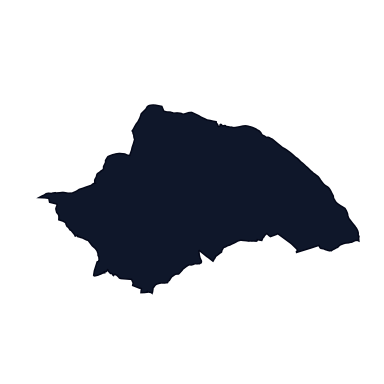 outline of Darjiu, Harghita, Romania, rotated 164°
{"feature_id": "2599482B71021034513413", "entity_name": "Darjiu", "entity_type": "district", "adm_level": 2, "iso_a3": "ROU", "parent_name": "Romania", "parent_adm1": "Harghita", "projection": "robinson", "projection_center": [25.165, 46.198], "detail": "fine", "context": "isolated", "style": "filled", "palette": "ink", "viewbox_px": 384, "rotation_deg": 164, "n_neighbors": 0, "source": "geoboundaries", "source_scale": "gbopen_adm2", "svg_char_len": 5989}
<svg xmlns="http://www.w3.org/2000/svg" viewBox="0 0 384 384"><g transform="rotate(164 192 192)"><path d="M232.7,267.2L232.2,265.8L232.4,265.4L232.5,265.0L232.3,262.5L232.4,262.1L232.6,261.3L232.7,260.6L232.7,259.4L232.5,258.6L234.9,254.7L237.2,251.4L238.6,248.8L241.8,244.3L243.3,244.9L244.5,245.6L245.6,246.7L246.6,247.3L251.2,249.1L254.7,249.6L256.1,249.6L258.0,249.7L261.6,249.4L263.0,249.2L263.7,248.7L266.4,246.2L266.5,245.9L266.8,244.7L267.0,244.3L267.4,243.7L269.8,241.1L270.1,240.6L270.5,239.0L271.3,238.1L271.8,237.8L273.7,237.3L275.3,236.5L277.6,235.8L278.1,235.5L278.5,235.1L280.0,232.6L281.4,231.3L282.2,230.3L282.4,229.8L282.8,228.1L282.5,227.2L283.7,227.3L284.4,227.2L285.6,226.9L286.8,226.2L293.3,225.9L295.5,225.7L299.7,225.6L300.5,225.3L302.9,224.6L305.6,224.2L306.3,224.2L306.9,224.0L307.7,224.0L311.5,225.0L315.4,226.9L316.6,227.3L319.1,227.7L323.0,228.5L323.5,229.0L326.5,229.4L327.5,229.3L330.3,230.4L332.7,230.6L334.3,230.0L335.6,229.7L336.9,229.6L340.6,228.8L335.2,227.0L331.4,225.4L331.7,221.4L325.3,217.7L325.3,216.5L326.7,214.7L327.4,213.6L327.6,212.7L327.7,209.7L327.3,208.7L326.8,207.6L326.5,206.1L327.0,204.0L327.7,202.0L324.1,199.6L322.4,197.9L321.8,196.9L322.0,195.9L321.7,193.8L321.6,193.4L321.3,192.9L320.7,192.3L320.3,191.3L319.7,189.2L318.7,188.3L316.6,183.3L316.4,181.8L313.9,181.9L314.1,180.9L314.1,180.6L312.5,179.7L311.3,178.8L310.0,178.1L307.2,175.5L306.2,174.7L305.5,174.4L305.1,174.0L302.7,167.8L300.5,164.4L299.5,161.8L299.3,158.9L299.8,156.8L299.4,155.4L300.0,152.4L301.0,151.1L302.4,151.0L307.6,143.1L309.5,139.0L309.1,138.3L308.0,138.1L305.1,138.0L303.9,138.2L302.0,138.3L301.4,138.5L300.9,138.5L300.4,138.7L298.7,138.5L299.0,139.0L298.7,139.5L298.1,139.6L297.7,139.4L297.5,139.2L297.0,139.0L296.7,139.1L296.1,139.3L296.0,139.6L295.7,139.8L295.1,140.1L294.6,140.6L294.3,140.2L294.2,140.1L294.2,138.8L293.5,137.7L292.9,136.3L292.7,136.1L292.3,135.9L291.6,135.7L291.1,135.1L290.9,134.7L291.0,134.1L290.4,133.3L289.8,133.9L289.0,134.3L288.6,134.2L288.2,133.5L287.2,132.8L287.2,132.6L286.0,130.6L285.5,129.3L284.2,128.4L274.2,124.7L273.6,120.7L274.4,119.4L274.8,118.5L268.9,114.0L267.9,113.7L267.3,113.0L268.8,109.3L265.7,108.5L262.6,108.0L262.3,108.9L262.4,109.6L261.7,108.0L259.1,106.7L258.7,106.2L258.7,106.5L257.9,106.1L257.2,107.4L256.6,108.8L256.4,109.1L256.3,110.0L253.6,112.2L252.5,112.9L250.9,113.2L248.3,113.2L246.4,113.0L243.6,112.1L241.4,111.8L240.8,111.6L240.4,111.7L239.6,112.8L238.2,113.2L236.6,114.7L234.9,116.1L233.6,116.5L231.1,117.4L229.5,117.4L227.8,116.9L227.2,117.0L223.1,119.5L222.0,120.4L217.9,122.0L215.2,122.8L214.1,122.6L213.4,122.4L213.1,122.1L211.0,122.0L209.6,122.2L208.4,122.2L207.7,121.8L204.5,121.0L204.2,121.4L203.7,121.3L202.8,121.4L202.2,122.2L202.0,123.1L202.5,126.6L202.3,130.0L202.0,131.4L201.8,133.2L201.6,133.6L201.1,133.8L195.5,125.8L194.5,124.7L190.9,119.7L190.3,120.2L189.4,121.3L188.7,121.7L186.9,123.6L183.0,125.1L182.3,125.5L181.7,125.6L180.2,126.1L179.8,126.8L179.6,127.4L177.5,129.5L176.6,130.0L175.0,130.0L172.6,130.6L170.1,130.6L168.3,131.0L165.4,131.4L162.6,132.0L162.2,132.2L161.2,132.3L158.7,132.3L157.4,131.9L156.9,131.6L153.2,130.2L150.8,129.1L149.6,129.0L148.4,128.5L145.9,127.8L143.7,127.0L143.0,127.1L142.7,127.5L142.4,128.2L138.3,126.2L136.6,128.3L136.0,128.7L135.2,129.1L135.1,129.3L134.2,130.2L131.5,131.5L130.0,128.9L128.9,127.5L122.0,128.0L121.2,128.5L111.3,115.7L110.3,114.2L107.0,108.4L106.7,107.5L106.7,106.9L106.9,106.7L106.9,106.3L107.4,106.2L107.5,106.2L107.6,105.9L108.0,105.9L108.1,105.1L93.4,105.4L85.8,105.7L84.7,105.7L84.7,105.0L84.3,103.6L84.2,103.0L83.6,102.3L82.0,101.5L81.2,101.2L79.6,99.8L78.6,99.2L77.3,98.3L75.8,97.5L75.0,97.5L74.3,97.1L73.9,97.3L72.6,97.7L72.4,97.8L70.9,98.0L68.5,98.6L67.7,98.6L67.0,98.8L65.2,99.9L64.0,100.3L60.6,100.6L58.6,100.6L55.5,100.0L53.9,100.0L52.2,99.7L52.0,99.8L48.9,100.3L48.1,100.3L46.6,100.0L46.1,99.8L45.1,98.9L44.7,100.9L44.3,102.4L43.9,102.8L44.0,103.2L43.8,103.5L44.0,103.6L44.2,104.1L44.2,104.5L43.5,106.8L43.4,108.7L43.9,111.6L44.2,112.5L44.6,113.3L44.8,114.3L46.4,117.9L48.1,122.3L48.5,123.1L48.7,124.7L48.8,126.4L48.6,127.3L48.5,128.6L48.8,131.4L49.5,134.1L51.5,136.3L53.3,138.2L54.7,139.9L55.8,141.4L56.4,142.5L56.9,143.8L57.0,144.8L57.3,145.4L57.6,147.1L57.6,147.6L57.3,149.2L57.4,149.8L58.0,152.6L58.3,154.5L58.8,156.5L59.6,158.6L60.5,159.8L61.0,160.3L62.4,161.9L63.4,163.5L64.3,165.7L65.4,168.6L65.6,169.7L66.0,170.6L66.3,171.5L66.8,172.4L67.9,173.8L68.8,175.1L70.2,176.7L71.3,178.7L71.9,179.4L74.3,183.7L75.6,185.5L76.1,186.5L77.7,189.1L79.1,191.0L80.8,194.2L81.5,195.3L82.7,196.6L83.3,197.5L84.5,199.5L86.0,201.8L89.1,205.9L90.9,208.0L92.8,209.8L97.1,216.0L100.0,220.3L100.6,221.0L101.7,221.8L102.4,222.7L103.6,223.6L105.9,224.2L106.4,225.2L106.9,225.7L107.2,226.1L108.6,227.2L109.0,227.9L109.0,228.1L109.3,228.8L109.5,230.1L110.4,231.9L110.8,232.5L112.1,233.6L113.1,234.9L114.0,235.7L116.1,237.4L117.6,238.4L119.2,239.3L120.1,239.9L122.3,240.9L124.9,241.4L128.5,241.6L132.9,242.1L134.2,242.4L134.9,242.7L136.2,243.5L137.2,243.7L139.4,244.9L141.0,245.5L141.4,246.0L141.5,246.5L141.8,246.7L142.5,246.9L143.8,247.0L144.4,247.2L144.9,247.8L145.0,248.3L145.2,248.7L145.7,249.1L146.0,249.1L146.3,249.0L146.3,248.1L146.5,247.8L147.3,247.8L148.0,247.5L148.4,247.6L148.7,248.0L148.9,250.1L149.4,251.1L149.6,251.8L149.6,252.1L149.4,252.6L149.4,252.9L149.6,253.0L152.3,254.3L155.1,255.9L157.3,256.9L157.9,257.3L159.6,258.9L161.2,260.2L163.0,261.8L164.4,263.4L166.1,264.9L166.8,265.5L169.9,268.2L170.4,268.6L171.2,268.8L173.2,269.2L177.5,269.1L179.0,269.2L179.4,269.3L180.4,270.3L181.3,270.8L183.9,271.9L185.3,272.3L187.4,272.7L188.3,273.0L188.7,273.5L189.5,273.9L190.8,274.8L194.2,275.9L196.5,277.3L196.8,277.7L196.9,277.9L197.4,282.6L200.3,284.1L203.1,285.5L205.2,286.3L206.7,286.6L208.8,286.9L210.2,286.8L211.5,286.3L212.8,285.0L213.6,284.3L218.2,281.8L219.4,281.0L220.2,279.6L221.8,277.4L223.3,275.8L224.6,274.4L226.7,272.9L229.0,270.7L231.3,268.3L232.7,267.2Z" fill="#0f172a" stroke="#020617" stroke-width="1.5"/></g></svg>